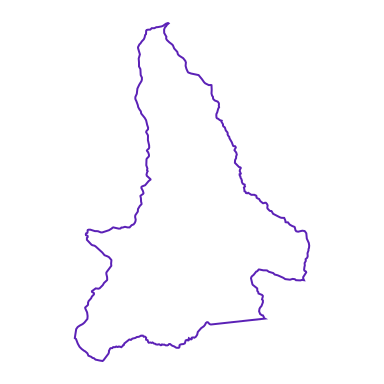 outline of El Águila, Valle del Cauca, Colombia
{"feature_id": "7082276B1381167873192", "entity_name": "El Águila", "entity_type": "district", "adm_level": 2, "iso_a3": "COL", "parent_name": "Colombia", "parent_adm1": "Valle del Cauca", "projection": "orthographic", "projection_center": [-76.062, 4.938], "detail": "fine", "context": "isolated", "style": "outline", "palette": "violet", "viewbox_px": 384, "rotation_deg": 0, "n_neighbors": 0, "source": "geoboundaries", "source_scale": "gbopen_adm2", "svg_char_len": 5993}
<svg xmlns="http://www.w3.org/2000/svg" viewBox="0 0 384 384"><path d="M168.6,23.4L168.0,23.0L166.0,23.7L162.9,25.9L161.6,26.4L157.9,27.1L156.3,27.2L154.4,28.2L151.7,28.2L150.3,29.6L147.8,29.7L146.7,30.0L146.2,30.6L146.0,34.1L145.1,35.1L144.6,37.5L143.8,39.3L141.8,41.4L140.4,43.5L139.4,44.4L138.0,47.2L138.1,48.3L139.9,54.4L138.7,58.6L139.0,62.3L139.0,66.5L140.4,69.1L140.7,75.1L141.9,77.6L141.9,79.5L141.5,81.0L139.3,84.6L137.4,88.6L136.8,93.8L135.4,96.9L135.3,98.2L135.5,99.4L136.4,101.2L137.8,105.1L138.2,107.1L139.6,109.7L140.5,110.8L140.9,111.7L141.2,113.5L144.8,118.0L146.1,120.3L147.2,125.0L148.1,127.6L148.0,129.3L146.3,131.3L146.2,132.3L147.7,134.8L148.0,135.8L147.9,140.1L149.1,145.3L149.2,147.6L148.8,148.6L147.5,149.7L146.9,150.6L147.3,151.4L148.0,152.0L148.4,153.0L148.9,154.5L149.0,155.9L148.7,156.6L146.8,158.6L146.5,159.3L146.3,165.3L147.4,168.5L147.0,170.2L147.7,171.2L147.1,172.2L146.5,174.6L146.8,175.8L150.4,179.1L150.5,179.6L148.6,181.1L145.2,185.2L142.1,186.4L141.4,187.1L141.4,188.1L142.9,190.9L143.5,193.1L143.1,193.9L141.1,195.3L140.4,196.0L140.9,198.2L141.1,201.8L141.5,203.1L141.5,204.2L139.8,206.0L138.5,208.2L138.0,209.0L137.8,211.6L135.3,215.3L135.1,217.0L135.7,219.6L135.5,221.1L134.9,222.7L133.6,224.4L131.6,225.2L129.6,227.4L127.4,227.4L125.0,226.8L122.8,227.5L121.4,227.5L120.6,228.4L120.0,228.6L118.6,228.6L113.3,227.4L112.5,227.7L111.9,228.4L109.0,230.2L102.3,232.4L100.9,232.4L97.9,231.2L94.9,231.1L90.4,229.7L88.6,229.7L87.8,230.0L87.6,230.4L87.6,232.0L87.3,232.9L86.2,233.3L85.8,234.2L86.0,235.2L87.4,235.7L87.7,236.2L87.7,237.1L86.9,237.9L86.9,239.8L91.5,244.7L92.4,245.2L94.5,245.7L95.7,246.5L102.3,252.5L104.5,255.2L107.6,256.4L109.0,257.2L111.3,259.9L111.4,260.3L111.1,263.7L111.3,265.8L106.7,272.0L106.3,272.9L106.4,274.2L107.1,277.1L107.2,279.6L107.0,280.2L104.0,283.0L102.8,285.1L99.6,288.3L98.4,288.7L95.7,288.4L91.9,291.2L92.0,291.9L93.9,293.1L94.0,294.1L93.6,294.8L91.9,296.5L91.1,298.3L88.6,301.1L88.0,302.8L88.1,304.1L87.8,305.1L85.2,307.5L85.3,308.5L87.1,312.4L87.6,316.1L87.4,318.9L84.4,322.6L82.6,324.1L79.9,325.5L77.7,327.0L76.2,329.1L74.8,338.1L76.0,339.0L77.8,343.7L79.6,346.9L81.7,349.0L84.1,350.8L85.1,351.3L87.4,353.3L88.4,355.7L91.2,356.8L92.5,357.9L93.9,358.2L95.5,359.6L99.6,360.5L102.6,361.0L103.6,360.1L108.5,353.6L109.0,351.9L108.9,351.0L110.1,348.6L110.6,348.2L112.3,348.1L113.2,347.1L115.0,347.2L116.2,346.5L116.9,346.9L117.4,347.0L118.3,346.6L118.8,346.8L119.0,346.6L119.8,346.6L121.2,347.2L122.6,346.1L122.9,345.3L123.9,344.9L124.3,343.5L129.3,339.5L129.8,339.5L130.9,339.9L132.4,338.6L135.2,338.0L136.9,337.0L138.9,336.8L141.1,335.6L141.4,335.8L142.8,335.6L143.7,336.7L144.6,336.5L145.4,336.9L146.2,337.9L146.0,338.9L146.1,339.7L147.6,340.2L148.2,342.1L148.7,342.7L150.5,342.5L151.6,342.9L152.6,342.5L154.1,343.6L155.2,343.8L156.0,344.4L157.8,344.6L158.6,344.3L159.3,344.3L160.7,345.2L161.4,345.1L162.0,344.4L163.0,344.7L164.3,344.6L165.6,345.3L167.2,345.4L168.2,345.0L169.0,344.1L170.0,344.0L172.2,345.7L174.4,346.5L175.8,347.5L176.8,347.8L178.8,347.8L179.5,346.9L179.5,345.3L180.2,344.6L181.6,344.2L183.2,344.1L184.8,343.4L185.7,340.4L186.8,340.0L187.6,340.3L188.0,339.8L188.2,340.4L188.5,340.4L189.2,339.5L189.1,338.4L190.8,339.3L191.4,339.3L191.8,338.9L191.8,337.7L193.1,337.4L194.4,337.7L195.8,336.8L197.2,334.7L197.8,332.0L201.2,328.1L203.8,326.3L205.1,324.7L205.8,323.1L207.0,322.2L207.9,322.3L209.6,324.1L210.9,324.5L264.9,318.6L264.0,318.1L263.8,317.0L262.9,315.4L261.5,315.1L261.0,314.5L260.2,314.1L259.1,311.3L259.5,308.8L260.2,307.5L261.5,306.0L262.9,302.3L262.9,300.4L262.0,299.4L262.8,296.7L262.8,295.8L262.0,294.9L258.5,293.5L258.2,292.0L257.3,290.9L257.2,288.4L252.8,284.9L252.4,284.2L251.0,278.3L251.3,277.2L252.0,276.2L253.6,274.9L256.2,271.6L257.3,271.2L258.7,269.5L259.4,269.5L263.2,270.3L266.9,270.4L268.9,271.8L273.3,273.1L274.6,274.5L277.7,275.3L283.3,277.8L285.2,279.1L290.0,279.7L292.7,278.9L294.8,279.2L296.0,280.2L300.3,280.4L302.1,279.9L304.0,280.2L303.2,278.4L303.2,277.1L306.2,272.4L306.0,271.6L304.5,270.7L304.1,269.8L304.4,267.1L304.8,265.5L304.6,263.1L305.8,260.9L305.6,259.2L307.2,257.7L307.7,256.2L307.5,253.2L308.5,250.4L308.5,249.1L309.0,247.9L309.2,245.6L308.8,243.0L306.8,238.6L306.3,233.3L304.9,231.3L304.4,231.0L302.3,230.7L298.1,231.7L296.3,231.3L295.5,230.3L294.8,227.4L294.5,226.9L292.2,226.0L289.7,224.6L287.9,222.3L285.9,222.3L285.5,222.1L285.3,220.4L284.2,217.9L281.3,217.8L279.9,217.3L273.1,213.8L271.6,211.2L271.3,211.0L270.2,211.0L269.3,210.4L267.5,208.5L267.3,207.6L267.6,205.3L266.9,203.9L265.9,202.8L265.1,202.7L263.5,203.2L262.9,203.2L260.3,201.1L259.1,199.0L257.6,198.4L256.6,197.7L256.4,196.0L256.1,195.6L255.1,195.3L254.9,195.0L254.3,194.8L251.3,194.8L248.2,192.8L247.2,193.3L246.0,193.0L245.5,191.7L244.5,191.3L244.3,189.2L243.9,187.5L245.0,186.5L244.6,185.4L244.7,184.6L242.7,183.7L241.8,181.7L241.9,180.3L241.5,179.8L241.3,178.8L240.5,177.7L240.4,176.3L239.9,175.9L239.6,175.0L239.6,174.2L240.5,174.0L240.8,173.6L239.7,171.0L240.0,169.6L240.8,168.0L240.4,167.4L239.0,167.0L234.9,162.8L235.1,160.0L236.1,158.1L236.1,156.5L236.8,154.6L236.2,152.5L234.5,150.3L234.6,149.6L235.8,147.6L235.7,147.1L235.0,146.2L233.6,146.1L233.1,145.8L231.8,142.3L229.5,138.3L229.2,136.8L228.1,135.6L227.6,134.4L227.7,133.3L227.4,132.3L225.8,130.5L224.9,127.6L224.5,127.1L223.5,126.5L223.0,125.6L223.0,124.3L221.4,121.6L221.7,120.7L219.8,120.1L218.2,118.8L217.0,118.3L216.5,117.6L216.3,115.4L216.4,114.0L217.2,112.4L218.3,108.4L219.1,107.3L218.8,105.7L219.0,104.0L218.7,102.9L217.7,101.6L214.8,100.5L213.4,99.2L213.1,98.5L212.9,96.7L212.1,95.7L211.5,93.5L211.7,89.9L211.5,85.2L211.1,85.0L208.8,85.1L205.2,83.3L204.0,82.1L201.9,79.1L198.6,75.1L191.0,73.5L188.3,72.5L187.8,71.9L186.4,68.8L185.6,65.9L185.9,62.5L185.3,60.9L183.2,58.2L179.4,55.8L178.4,54.9L177.8,54.0L177.3,51.9L174.2,48.5L172.9,45.3L171.8,44.2L169.3,42.3L167.0,40.1L166.4,39.2L166.1,38.1L166.4,36.8L164.2,33.0L164.1,29.6L165.0,27.2L166.0,26.4L166.8,25.0L168.6,23.4Z" fill="none" stroke="#5b21b6" stroke-width="2"/></svg>